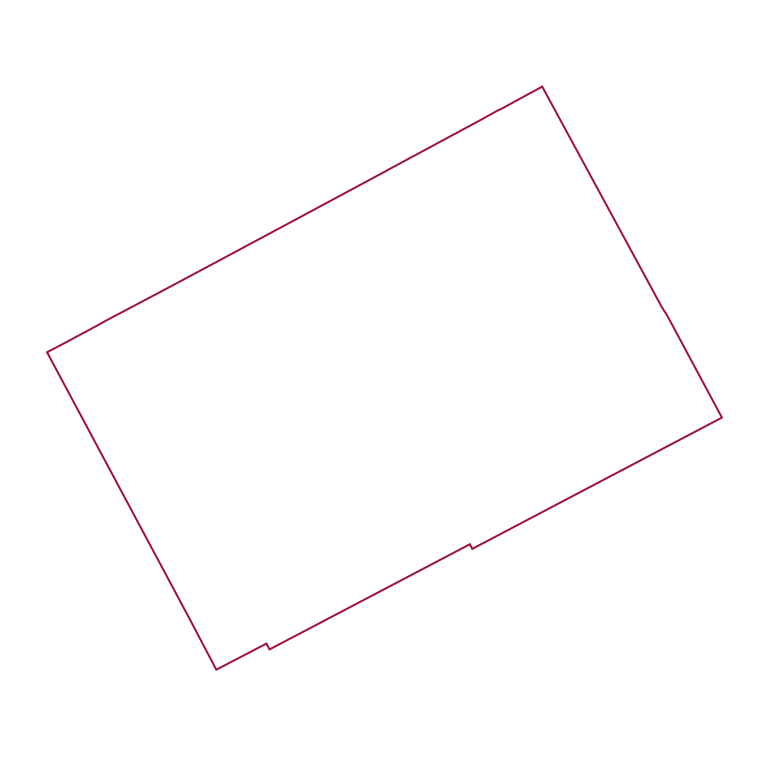 outline of Yuma, Colorado, United States of America, rotated 242°
{"feature_id": "52423323B35350044655158", "entity_name": "Yuma", "entity_type": "district", "adm_level": 2, "iso_a3": "USA", "parent_name": "United States of America", "parent_adm1": "Colorado", "projection": "orthographic", "projection_center": [-102.254, 40.004], "detail": "fine", "context": "isolated", "style": "outline", "palette": "rose", "viewbox_px": 768, "rotation_deg": 242, "n_neighbors": 0, "source": "geoboundaries", "source_scale": "gbopen_adm2", "svg_char_len": 526}
<svg xmlns="http://www.w3.org/2000/svg" viewBox="0 0 768 768"><g transform="rotate(242 384 384)"><path d="M570.2,101.4L267.4,102.1L210.5,101.8L210.0,158.4L203.4,158.3L202.2,384.6L197.0,384.5L195.7,666.6L311.7,666.2L321.2,665.4L572.3,663.3L572.2,651.4L571.9,616.6L572.1,611.5L571.8,597.4L571.3,504.4L571.2,495.1L571.2,488.5L571.1,484.4L570.7,384.9L570.4,290.7L570.4,281.4L570.3,238.2L570.3,234.2L570.5,167.4L570.3,160.3L570.2,153.3L570.2,131.9L570.1,129.7L570.2,101.4Z" fill="none" stroke="#9f1239" stroke-width="2"/></g></svg>